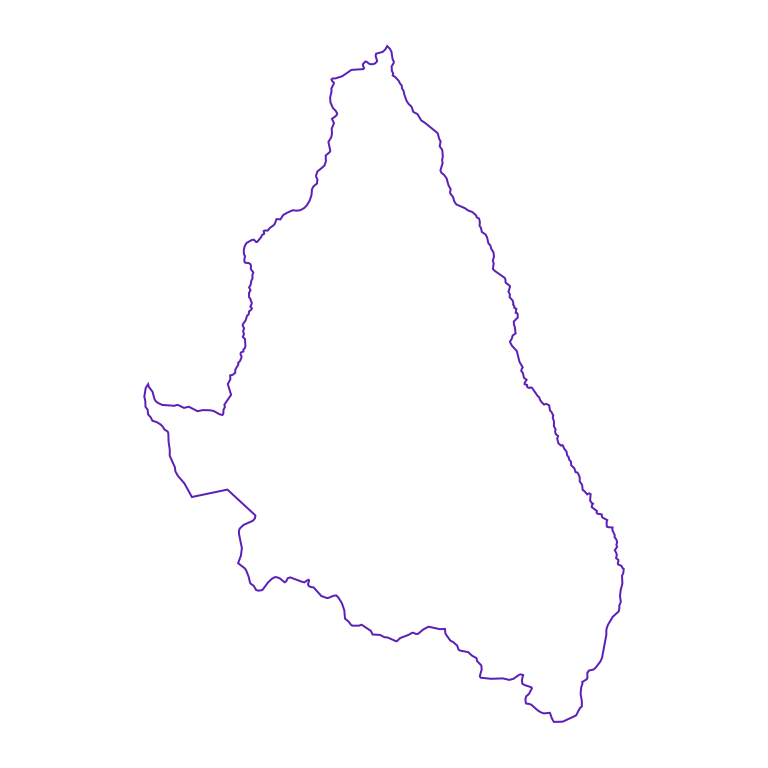 outline of Sucre, Ayacucho, Peru
{"feature_id": "86281439B85523088523316", "entity_name": "Sucre", "entity_type": "district", "adm_level": 2, "iso_a3": "PER", "parent_name": "Peru", "parent_adm1": "Ayacucho", "projection": "albers", "projection_center": [-73.73, -14.09], "detail": "fine", "context": "isolated", "style": "outline", "palette": "violet", "viewbox_px": 768, "rotation_deg": 0, "n_neighbors": 0, "source": "geoboundaries", "source_scale": "gbopen_adm2", "svg_char_len": 6070}
<svg xmlns="http://www.w3.org/2000/svg" viewBox="0 0 768 768"><path d="M387.2,46.1L385.3,49.4L382.7,51.9L376.1,53.7L375.6,56.1L377.1,60.7L376.9,61.6L375.3,63.2L373.5,64.1L370.4,64.2L368.9,63.6L367.0,62.0L365.4,61.5L362.9,64.2L363.1,66.1L364.1,68.0L363.2,69.1L351.4,69.9L342.3,76.2L335.5,78.4L332.6,78.5L331.5,79.4L332.2,81.2L333.5,82.2L334.0,83.2L331.4,88.6L331.5,91.7L330.1,97.6L330.5,102.6L333.0,108.1L335.8,111.0L337.2,113.6L336.3,115.6L331.9,118.9L334.0,123.1L331.7,128.7L332.0,133.8L331.2,137.3L328.4,142.0L330.3,150.8L329.6,152.2L325.7,155.5L325.9,161.2L324.4,165.7L317.4,171.5L316.1,175.4L316.1,176.7L317.4,179.4L317.0,183.5L313.5,186.4L312.0,189.1L311.5,195.0L309.8,200.3L306.8,205.4L304.1,208.1L300.3,210.2L296.5,210.7L292.9,210.2L287.6,212.5L283.2,215.0L280.4,219.4L276.5,219.1L274.7,224.0L273.6,225.2L269.9,227.9L267.8,230.5L264.7,230.5L263.7,231.0L264.2,233.7L262.1,235.0L260.9,237.4L257.1,242.0L256.2,242.0L254.0,239.8L252.0,239.9L246.5,243.0L244.7,246.2L243.8,249.8L243.9,254.0L245.1,256.2L244.3,259.3L244.5,261.7L245.3,262.8L248.7,263.0L250.5,264.3L251.0,265.9L250.8,269.0L253.3,272.4L252.3,275.4L252.6,278.2L251.4,280.5L250.6,284.9L249.1,287.4L250.5,290.2L249.0,293.0L249.1,297.2L250.7,299.3L250.7,300.6L251.7,302.3L251.7,303.8L250.4,306.7L251.9,308.3L251.2,309.7L249.0,311.5L248.7,314.4L247.0,315.8L245.7,320.2L242.8,324.4L242.7,325.6L244.1,328.3L243.1,331.2L244.0,334.1L242.8,336.9L245.0,339.1L245.4,346.0L244.8,348.2L243.4,349.5L243.4,351.5L241.1,352.4L240.6,353.2L240.6,354.8L241.5,356.2L241.5,357.5L239.9,361.2L238.1,362.9L238.4,364.3L235.3,369.7L235.2,372.8L232.8,374.8L230.1,375.4L230.4,379.2L227.8,384.1L231.1,394.8L224.4,404.6L224.9,407.1L223.5,409.8L223.3,413.6L222.5,415.0L219.6,414.3L213.7,411.0L210.4,410.3L202.8,410.1L197.5,411.2L188.8,406.7L184.0,407.9L178.2,405.1L176.6,405.0L174.4,405.8L162.2,404.9L158.0,403.0L155.5,400.9L154.5,399.1L152.5,391.7L148.9,387.0L148.1,384.2L145.7,388.0L144.3,396.7L145.3,400.9L145.5,406.9L147.6,409.6L148.1,414.4L150.6,417.2L152.5,420.8L156.7,422.1L160.8,424.6L163.0,427.0L164.3,429.4L167.6,431.5L168.3,433.1L168.6,441.8L169.8,450.1L169.7,455.7L174.9,467.3L175.4,471.4L177.9,475.9L184.4,483.4L191.9,497.0L227.4,489.6L255.4,515.4L254.9,518.4L252.8,520.8L243.4,525.0L239.7,528.6L238.9,531.2L239.0,534.0L241.9,548.2L240.9,555.6L238.1,563.2L244.6,568.2L246.0,570.0L248.5,576.3L250.1,582.7L250.7,583.7L253.8,585.9L256.1,590.0L258.5,590.7L261.7,590.2L262.8,589.5L267.9,582.6L272.0,578.7L274.7,577.2L276.7,577.2L279.6,578.2L284.6,582.3L286.2,581.3L287.8,578.2L290.2,577.4L302.6,582.0L304.5,582.3L307.2,580.3L308.7,579.8L309.1,580.7L308.0,584.2L308.8,586.0L310.7,587.0L313.6,587.4L321.3,596.0L326.8,598.0L328.4,597.9L333.4,595.8L336.2,595.4L338.2,597.3L341.9,603.2L344.3,610.3L345.0,618.6L348.9,621.9L351.0,624.9L352.6,625.7L358.9,625.7L361.6,624.7L370.9,630.9L372.6,634.5L380.0,634.9L384.4,637.2L387.7,637.5L396.0,641.2L396.9,641.2L400.1,638.1L408.7,634.8L412.1,632.8L413.4,632.8L416.0,634.0L418.1,633.8L423.3,629.4L428.6,626.7L440.0,629.2L444.9,628.9L445.4,633.4L446.4,635.1L450.3,640.6L453.2,642.1L457.2,645.6L458.5,649.6L460.5,650.7L468.2,652.1L471.9,655.6L476.5,658.1L477.1,661.1L481.3,665.4L481.7,669.5L479.8,676.1L480.7,677.7L491.0,678.8L502.8,678.4L509.3,679.9L513.5,678.8L519.3,674.7L520.5,674.4L523.1,675.0L521.9,680.3L522.3,683.6L524.4,685.0L531.4,687.3L531.9,688.4L528.9,694.0L526.3,696.2L525.4,699.1L525.8,703.0L526.4,703.7L528.8,703.8L531.3,704.7L537.6,710.3L541.0,712.4L543.9,713.4L549.9,712.8L552.0,718.7L553.9,721.9L562.6,721.7L576.0,715.5L580.1,707.8L581.8,706.5L581.9,701.5L580.6,693.8L581.2,687.4L582.5,683.6L582.2,682.0L586.7,679.3L587.4,677.8L587.3,673.0L588.8,670.6L593.6,669.5L595.8,667.5L600.3,661.6L602.0,657.9L606.3,635.1L606.4,629.4L607.8,625.1L612.8,616.7L618.7,611.4L619.4,608.0L619.2,605.8L620.8,601.9L620.0,595.9L620.7,590.0L622.4,583.5L622.0,575.8L623.3,573.0L623.7,568.8L622.5,568.0L621.5,565.9L618.1,564.4L617.8,563.0L618.4,561.4L618.4,559.9L616.1,558.2L616.8,555.0L616.2,552.7L614.8,550.3L617.1,546.8L616.4,545.0L617.2,541.9L616.1,539.1L614.6,537.3L614.7,535.1L612.3,529.9L612.6,527.5L608.3,527.2L606.8,526.6L606.6,521.8L607.3,520.1L602.6,517.6L601.9,516.5L601.7,514.4L597.4,513.7L596.6,512.6L596.9,511.0L591.8,507.2L591.9,505.2L593.0,503.7L591.7,502.9L590.1,500.6L590.6,494.1L589.0,493.3L587.2,494.4L584.4,491.1L582.7,490.0L582.1,484.9L579.7,481.3L579.7,477.1L578.1,473.5L577.3,472.5L575.6,472.2L574.3,468.2L571.2,465.3L570.9,461.5L569.2,459.7L568.7,457.3L567.2,455.4L566.5,451.6L564.1,448.5L562.9,445.5L562.4,445.1L561.1,445.6L558.5,443.5L557.2,438.7L558.1,436.0L555.8,434.2L555.1,431.2L555.6,429.3L553.9,426.3L554.0,421.4L552.7,417.7L553.3,415.6L551.4,411.9L550.0,410.4L549.2,405.3L546.2,403.9L544.0,404.5L541.9,402.5L540.0,399.8L539.2,397.3L537.8,396.2L532.0,387.8L530.4,387.4L529.1,388.0L527.3,387.1L527.0,384.9L524.6,384.2L524.6,382.9L526.6,379.8L524.0,377.8L522.8,372.8L521.3,371.1L521.6,369.2L522.7,367.3L519.5,361.9L516.8,351.0L511.9,345.7L509.9,341.8L511.7,338.9L512.7,335.5L515.6,333.4L514.9,327.5L513.9,324.3L513.8,321.5L517.7,317.5L517.7,314.2L517.2,313.2L515.7,312.8L516.3,308.8L514.3,307.8L514.2,306.0L513.1,304.6L513.4,303.2L512.6,300.5L509.6,297.2L509.9,294.4L508.5,291.7L509.9,287.1L509.8,285.8L505.6,282.6L505.4,279.4L504.5,277.7L494.9,271.0L492.9,268.9L493.7,263.3L492.8,260.8L494.0,256.4L493.4,252.2L491.3,248.8L490.3,245.3L488.5,243.5L487.0,237.2L485.6,234.5L481.8,231.9L481.0,228.0L479.5,225.6L479.9,222.4L479.1,218.6L476.7,217.3L476.1,215.4L472.5,212.1L468.0,210.4L465.1,208.3L456.3,204.4L454.3,201.4L453.0,196.9L450.4,193.7L450.0,192.1L450.7,189.3L448.5,185.3L446.6,178.4L444.1,174.9L441.6,173.0L440.6,171.2L440.5,170.1L442.6,163.2L442.1,159.9L442.8,156.9L442.5,151.9L442.1,149.7L439.7,146.3L440.6,141.4L439.3,139.1L437.6,133.1L424.8,122.7L421.3,120.5L417.5,114.1L413.3,111.9L411.6,106.8L408.4,103.7L406.5,100.7L404.3,94.4L403.5,90.7L402.1,88.6L401.7,85.5L400.0,83.5L398.8,80.9L395.2,77.0L392.7,75.5L393.2,73.6L391.9,70.9L391.6,66.4L393.6,63.2L393.9,61.9L392.5,58.8L391.5,51.8L389.9,48.8L387.2,46.1Z" fill="none" stroke="#5b21b6" stroke-width="2"/></svg>